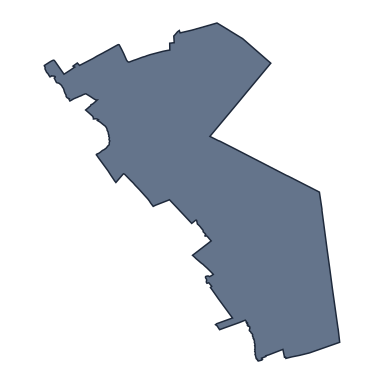 Ripiceni, Botosani, Romania
{"feature_id": "2599482B27796120382468", "entity_name": "Ripiceni", "entity_type": "district", "adm_level": 2, "iso_a3": "ROU", "parent_name": "Romania", "parent_adm1": "Botosani", "projection": "equal_earth", "projection_center": [27.135, 47.902], "detail": "fine", "context": "isolated", "style": "filled", "palette": "slate", "viewbox_px": 384, "rotation_deg": 0, "n_neighbors": 0, "source": "geoboundaries", "source_scale": "gbopen_adm2", "svg_char_len": 5557}
<svg xmlns="http://www.w3.org/2000/svg" viewBox="0 0 384 384"><path d="M339.7,342.3L338.2,329.3L337.9,327.7L332.3,287.9L329.9,269.6L329.8,269.1L329.7,268.2L327.1,249.4L321.9,210.0L322.0,209.4L319.4,192.1L288.1,176.1L287.3,175.8L286.4,175.4L235.6,149.2L220.3,141.4L219.2,140.9L218.4,140.7L209.9,136.4L238.1,102.6L248.0,90.6L249.6,88.7L270.8,63.2L242.7,38.7L230.1,31.0L229.7,30.7L217.0,23.0L191.7,30.2L180.1,32.9L179.3,30.5L177.5,31.8L174.9,34.9L173.8,36.0L174.2,42.7L169.7,43.2L169.8,50.1L167.0,50.5L163.0,51.3L150.4,54.6L147.3,55.6L146.1,56.0L145.4,56.4L143.8,56.8L142.4,57.2L136.0,59.6L133.8,60.3L129.4,62.0L128.8,62.1L128.5,62.0L128.1,61.8L127.7,61.6L127.4,61.3L127.0,60.7L126.6,60.2L126.2,59.3L123.8,53.8L121.6,49.3L119.2,44.8L118.4,44.6L118.1,44.7L117.8,44.8L115.4,46.1L111.8,48.1L107.9,50.3L105.2,51.7L103.3,52.8L96.8,56.2L95.5,57.0L92.8,58.6L79.6,65.4L77.3,63.0L73.0,66.1L73.9,66.7L74.7,67.1L70.5,70.0L64.0,74.2L61.4,70.5L58.7,66.6L55.0,61.3L54.4,60.6L53.9,60.2L53.6,60.2L53.0,60.3L51.3,61.1L49.6,62.1L44.3,65.5L44.5,66.3L44.7,66.7L45.0,67.0L45.2,67.3L45.0,68.5L45.1,69.1L45.3,69.7L45.5,69.8L45.7,70.3L46.1,71.2L46.4,71.9L47.1,72.9L47.4,73.0L47.8,73.5L49.9,76.9L50.0,76.9L50.3,76.8L50.5,76.6L50.9,76.5L51.3,75.9L51.6,75.8L51.9,75.9L52.1,76.0L53.9,76.1L54.8,76.4L55.2,76.6L55.3,76.7L55.3,77.1L55.2,77.3L54.8,77.6L54.3,78.0L54.2,78.1L54.9,79.3L55.2,80.0L56.1,81.8L56.4,82.4L56.7,82.6L57.0,82.8L58.2,83.0L59.2,83.4L59.5,83.6L59.9,84.0L60.9,84.8L61.8,85.8L62.3,86.9L63.4,88.4L63.7,89.1L63.9,89.8L64.3,91.4L64.7,92.4L65.1,93.4L66.0,94.9L66.1,96.3L66.4,96.9L67.0,97.6L67.9,98.2L68.4,98.4L69.2,98.7L68.9,99.1L69.9,101.0L72.1,99.8L73.7,98.8L75.0,98.3L75.7,97.9L77.0,97.5L79.3,96.4L80.8,95.9L83.3,94.6L84.7,94.1L85.7,93.8L85.9,93.8L89.7,96.1L94.4,99.2L95.0,99.5L96.2,100.0L97.2,100.0L94.2,102.7L92.6,104.0L92.3,104.2L91.4,104.5L90.9,104.8L90.7,105.5L90.5,105.8L90.3,106.1L89.4,106.7L88.7,107.4L85.6,110.0L92.6,116.2L92.9,116.6L93.4,118.3L93.4,119.0L95.4,118.8L96.1,118.8L96.5,118.9L97.5,119.2L98.4,119.7L97.4,120.5L99.7,121.8L100.5,122.4L103.6,124.9L105.1,126.0L106.0,127.1L106.7,128.3L107.0,129.2L107.2,130.5L107.8,131.4L108.1,132.0L108.3,133.3L108.4,134.2L108.5,134.4L108.6,134.5L108.8,134.8L108.9,135.4L108.9,135.7L108.7,136.2L108.7,136.3L108.9,136.7L109.3,137.4L109.4,137.6L109.4,138.1L109.1,139.0L109.0,139.5L109.1,139.9L109.7,140.7L109.8,140.9L109.2,142.6L109.3,144.1L109.1,144.8L108.8,145.1L108.4,145.5L108.0,145.8L107.5,146.4L106.3,148.0L104.7,149.2L103.7,149.9L102.5,150.4L101.6,151.1L100.5,152.1L98.6,153.4L97.7,153.7L96.5,154.3L96.3,154.8L96.8,155.4L98.9,158.4L108.0,170.8L110.4,174.6L113.1,178.6L114.4,180.6L115.9,182.5L122.0,175.4L123.4,173.8L124.6,174.2L131.0,180.8L133.1,182.8L135.3,185.4L139.0,189.2L145.3,196.2L147.7,198.8L149.3,200.9L150.6,203.0L153.2,206.4L155.6,205.2L168.2,200.3L169.4,199.7L178.6,209.4L180.4,211.4L182.8,213.9L191.7,223.4L195.6,220.3L196.0,220.1L196.5,220.2L196.6,220.4L196.8,220.9L196.8,221.3L197.0,222.0L197.1,222.6L197.2,223.1L197.3,223.7L197.4,224.0L197.9,224.4L199.2,225.6L200.3,226.8L201.2,228.1L203.0,230.2L203.2,230.8L203.1,231.1L203.2,231.8L205.3,233.8L205.7,234.3L205.7,234.5L205.3,234.9L205.1,235.1L205.0,235.5L205.1,236.1L205.4,236.1L206.2,235.9L206.5,235.9L206.9,236.1L208.2,237.4L208.8,238.2L209.4,238.9L211.2,240.9L192.5,255.3L194.6,257.2L195.9,258.5L200.9,262.8L202.5,264.0L203.0,264.3L203.2,264.5L204.3,265.6L207.2,268.2L212.8,273.8L213.3,274.4L211.5,275.6L209.7,276.6L208.5,276.1L208.2,276.0L207.7,276.0L206.1,276.3L205.9,276.4L205.7,276.6L205.5,276.9L205.5,277.2L205.5,277.5L205.6,277.9L206.3,278.9L206.5,279.3L206.6,279.9L206.6,280.7L206.4,281.2L206.3,281.9L206.4,282.4L206.7,283.0L207.0,283.3L208.5,282.8L208.9,282.9L211.7,286.3L211.5,286.5L210.4,287.5L211.8,289.4L218.6,299.1L232.5,318.0L216.7,323.7L215.5,324.7L216.8,325.6L217.4,326.3L218.6,328.2L219.6,329.7L225.0,327.7L239.0,322.7L245.2,320.2L245.3,320.4L245.5,320.4L245.9,320.9L246.1,321.2L246.1,321.4L246.6,322.0L246.3,322.4L246.4,322.5L246.7,322.7L247.5,322.9L247.5,323.1L247.3,323.4L247.3,323.6L247.0,323.6L246.9,323.7L247.0,323.8L247.8,324.4L247.9,324.6L247.7,324.8L247.4,325.2L247.8,325.5L247.9,326.0L248.3,326.3L248.5,326.2L248.8,326.1L248.9,326.3L249.3,326.5L249.6,326.6L249.6,327.0L249.9,327.5L249.7,328.3L249.9,328.7L249.6,329.1L249.5,329.5L249.3,330.0L249.3,330.3L249.4,330.6L249.6,331.0L250.0,331.2L250.7,331.9L251.1,332.8L251.3,333.1L251.9,333.4L252.0,333.5L252.1,333.9L252.6,334.5L252.7,334.8L252.7,335.0L252.5,335.5L252.5,335.9L252.6,336.3L252.9,336.6L253.2,337.7L253.2,338.4L253.3,338.6L254.0,339.1L253.8,339.4L253.8,339.5L254.0,339.7L254.4,340.9L254.5,341.8L254.3,342.2L254.4,342.5L254.5,342.9L254.6,343.1L254.6,343.3L254.8,343.7L254.9,344.0L255.0,344.2L255.0,344.4L254.9,344.7L254.8,345.0L254.6,345.5L254.8,345.7L255.0,345.7L255.1,345.8L255.2,346.1L254.9,346.5L254.8,346.9L255.0,347.3L255.1,347.6L255.0,347.9L255.0,349.0L254.8,349.1L254.7,349.3L255.0,349.8L255.0,350.0L255.0,350.6L254.8,351.1L254.7,351.4L254.8,351.5L255.2,351.9L255.3,352.1L255.1,352.8L255.3,353.1L255.3,353.3L255.3,353.5L255.4,353.9L255.1,354.3L255.0,354.5L255.4,355.0L255.4,355.5L255.6,355.8L255.6,356.2L255.7,356.5L255.8,357.0L256.1,357.6L256.0,357.8L256.0,358.1L256.1,358.3L256.3,358.5L256.6,358.8L256.6,359.1L257.0,359.2L257.3,359.3L257.3,359.5L257.7,359.9L257.8,360.2L257.6,360.4L257.6,360.6L258.4,361.0L261.8,360.1L261.7,359.6L262.4,359.3L261.6,358.2L265.9,356.5L265.7,355.8L268.7,354.9L282.9,349.4L284.5,357.3L285.5,357.1L285.7,357.3L285.9,358.4L291.8,356.9L299.4,355.4L309.5,352.9L339.7,342.3Z" fill="#64748b" stroke="#1e293b" stroke-width="1.5"/></svg>